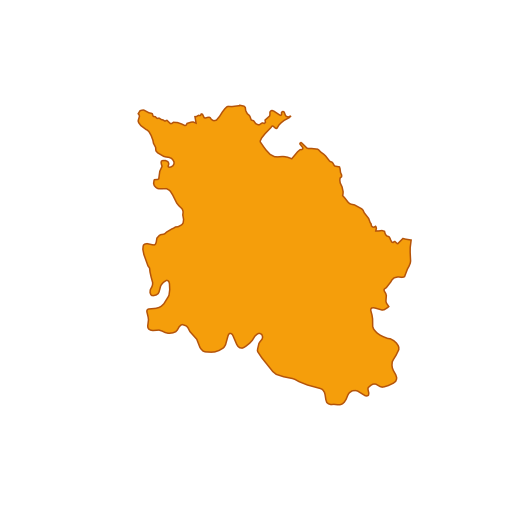 the district of Hiep Hoa, Bắc Giang, Vietnam, rotated 320°
{"feature_id": "81297802B61782089337393", "entity_name": "Hiep Hoa", "entity_type": "district", "adm_level": 2, "iso_a3": "VNM", "parent_name": "Vietnam", "parent_adm1": "Bắc Giang", "projection": "orthographic", "projection_center": [105.967, 21.33], "detail": "fine", "context": "isolated", "style": "filled", "palette": "amber", "viewbox_px": 512, "rotation_deg": 320, "n_neighbors": 0, "source": "geoboundaries", "source_scale": "gbopen_adm2", "svg_char_len": 6138}
<svg xmlns="http://www.w3.org/2000/svg" viewBox="0 0 512 512"><g transform="rotate(320 256 256)"><path d="M340.5,130.1L340.1,130.3L336.9,128.2L333.5,126.0L330.7,123.4L329.5,123.0L326.7,123.2L322.7,124.1L318.0,125.6L313.0,126.5L311.0,125.5L310.2,124.6L309.6,122.5L309.8,120.6L309.3,119.6L308.2,118.8L305.8,117.7L305.2,116.8L306.1,113.0L305.4,112.0L303.9,112.6L303.4,112.5L302.4,111.3L300.0,110.9L298.8,110.0L295.5,115.7L294.0,112.9L292.4,111.8L288.4,110.1L287.2,110.7L286.4,110.8L285.4,110.4L283.9,107.1L281.7,103.4L278.7,100.5L276.7,100.4L275.5,99.5L275.0,94.9L274.4,94.5L273.3,94.3L272.8,93.8L272.3,92.1L271.1,90.5L270.5,88.3L270.1,87.9L269.0,87.3L268.6,86.7L268.4,84.6L267.1,83.1L267.2,82.3L268.0,80.4L267.6,79.5L266.0,77.4L264.0,72.4L263.5,71.7L261.6,70.6L260.5,70.2L257.2,71.3L257.2,72.6L256.6,74.0L253.0,76.4L252.3,77.2L251.8,78.6L251.6,82.1L253.1,88.5L253.6,89.6L253.9,91.6L253.8,92.8L253.1,96.4L251.4,101.1L249.9,103.8L248.9,108.3L247.3,110.5L246.9,111.5L247.0,113.8L249.3,120.3L250.5,122.0L252.8,124.6L254.0,126.9L254.1,129.0L253.7,131.1L253.0,132.1L252.2,132.8L250.3,133.5L248.0,133.1L246.7,132.4L246.2,131.5L246.4,130.7L247.9,129.8L248.7,128.9L249.1,127.5L248.9,126.5L248.1,124.8L247.0,123.8L245.8,122.9L245.0,122.6L244.4,122.6L243.3,123.5L242.5,124.9L241.9,126.5L241.5,127.0L236.7,129.3L231.2,134.3L230.1,134.3L227.3,132.3L226.7,132.4L224.3,134.5L223.7,135.7L223.3,136.8L223.4,139.0L223.9,140.8L224.5,141.7L225.9,143.0L230.8,147.0L231.8,149.7L232.0,151.3L231.4,155.8L229.3,164.5L229.2,167.7L229.6,171.3L229.6,172.9L228.9,174.7L228.3,175.6L226.3,177.5L224.0,181.5L221.5,183.8L219.8,184.3L218.8,184.3L215.2,183.5L212.9,182.0L210.6,181.7L209.1,181.2L203.0,180.2L200.3,180.3L199.0,179.8L196.9,178.5L195.2,178.1L191.6,178.6L188.3,181.4L186.5,182.3L185.9,182.3L185.3,182.2L184.1,181.1L180.5,176.5L178.5,175.4L176.9,175.3L175.8,176.0L173.6,178.2L171.1,182.7L166.9,194.1L166.7,196.8L164.5,200.2L162.2,204.6L159.7,210.0L158.3,211.5L156.8,212.5L153.4,213.9L152.7,214.5L151.3,216.0L150.6,218.0L150.8,219.3L151.9,220.4L154.5,221.7L156.9,221.9L158.6,221.2L163.5,217.8L164.6,217.3L166.9,216.8L168.5,216.7L171.2,217.0L171.9,217.2L172.7,218.3L172.7,219.8L171.9,221.6L168.3,226.3L164.3,230.0L162.9,230.7L154.7,233.4L151.1,233.6L148.6,233.1L145.6,231.7L139.7,227.6L138.7,227.3L137.6,227.5L136.6,228.5L134.1,233.5L132.6,235.8L128.1,240.0L127.1,241.5L126.9,243.2L127.6,245.0L129.1,246.8L134.1,250.4L135.8,253.1L137.2,256.2L138.7,258.3L139.8,259.4L142.9,261.4L145.8,262.4L148.2,262.1L151.8,260.8L154.4,260.7L155.6,261.3L157.3,264.1L157.7,265.1L157.8,267.0L156.8,271.5L157.1,281.7L154.3,290.0L154.1,291.8L154.3,294.7L155.1,296.2L155.9,297.2L159.9,300.9L162.8,303.0L166.9,304.6L171.5,305.4L173.0,305.3L175.6,304.4L183.2,299.2L184.3,298.6L185.8,298.3L186.6,298.8L187.2,299.7L187.4,301.0L187.1,302.4L184.4,311.3L184.1,313.6L184.5,315.7L185.7,317.2L186.6,317.9L188.2,318.3L190.3,318.6L195.2,318.7L199.0,318.2L203.6,316.7L206.4,316.6L207.7,316.8L208.7,317.3L209.3,318.0L209.9,319.6L209.8,320.5L209.3,321.7L208.8,322.5L207.2,323.6L203.7,324.3L202.0,324.9L197.6,328.2L196.3,329.4L195.8,330.5L195.0,337.7L194.6,355.3L195.4,359.6L199.5,366.2L205.1,373.2L206.5,375.5L208.2,379.9L212.5,387.9L220.0,398.7L220.9,400.4L221.1,402.0L220.8,404.4L219.8,406.6L217.2,410.9L216.2,413.3L216.1,413.9L216.5,415.8L217.9,418.0L220.2,419.6L222.9,422.4L224.7,423.9L226.4,424.6L227.5,424.8L229.7,424.7L232.9,423.7L236.9,421.6L238.8,420.9L240.1,420.8L242.9,421.1L244.1,421.8L245.8,423.1L247.0,424.7L249.8,433.1L250.6,434.2L251.8,434.8L252.6,434.9L253.1,434.6L254.3,433.5L256.0,430.2L256.9,429.2L257.7,428.9L261.1,428.9L263.2,429.3L264.8,430.5L265.5,431.3L267.2,435.9L268.4,437.6L270.3,438.7L274.1,440.3L279.5,441.7L282.4,441.8L284.6,440.6L285.6,439.5L286.7,436.8L287.6,432.0L288.5,429.4L290.0,427.0L292.4,424.6L295.0,423.5L299.6,422.0L305.2,419.5L306.7,417.7L307.3,416.0L307.6,413.0L307.1,409.4L305.7,405.8L303.8,403.7L301.5,399.4L300.2,396.4L299.3,393.1L299.1,390.7L299.1,387.8L300.0,385.1L304.9,379.1L306.9,375.8L309.0,371.3L309.5,370.8L310.0,370.4L311.2,370.2L312.7,371.1L314.2,373.0L317.9,378.5L319.8,379.6L323.5,380.1L325.2,380.1L325.6,376.1L326.4,374.2L330.4,370.1L331.3,368.1L331.7,365.5L332.0,364.7L332.6,364.0L333.2,363.8L335.5,364.0L342.5,362.5L344.8,361.7L347.3,361.5L348.2,361.7L351.4,363.3L353.8,365.9L355.1,366.8L356.5,367.3L363.7,363.3L366.6,362.2L369.6,360.6L371.2,359.2L376.6,352.1L379.6,348.6L385.1,343.5L381.2,339.0L379.8,337.0L372.5,337.7L372.1,337.1L371.7,334.1L371.1,333.8L369.7,333.8L369.1,333.0L369.0,332.6L369.4,330.3L370.0,328.7L370.3,327.1L370.0,326.2L369.1,324.8L369.0,323.6L369.3,321.8L370.3,319.7L368.8,317.4L366.1,315.7L363.8,313.8L366.1,312.1L366.7,310.6L366.7,310.1L364.8,309.8L363.9,308.5L363.8,307.2L364.9,305.1L364.9,303.9L366.4,299.7L366.7,292.3L367.4,289.9L367.4,289.1L367.3,287.8L364.3,280.2L362.1,277.4L361.4,276.0L361.1,273.9L361.3,268.7L361.2,265.4L362.5,264.4L364.0,262.8L366.3,258.5L367.5,254.1L369.0,251.7L370.6,250.3L372.5,250.3L373.6,249.1L374.4,246.4L376.5,243.1L377.2,241.4L374.2,237.8L374.1,237.0L374.6,234.1L374.5,232.9L373.6,231.4L373.4,230.3L373.6,224.1L373.3,221.6L372.4,217.9L372.2,214.9L371.8,213.7L367.8,209.5L365.1,207.2L364.4,206.2L363.7,199.1L363.4,198.0L362.1,197.9L361.6,198.6L361.5,202.9L361.2,203.5L360.5,204.0L359.5,203.9L358.2,202.9L354.8,202.9L345.9,204.5L343.6,200.5L341.5,198.0L340.1,196.7L336.3,194.0L334.0,191.8L332.1,187.2L331.8,181.2L332.0,177.4L332.6,171.3L333.3,170.5L336.2,169.2L341.7,168.1L350.0,167.2L351.5,166.8L352.3,167.1L352.6,167.7L353.0,170.3L353.3,171.1L353.7,171.5L354.2,171.6L357.8,170.4L361.0,170.1L364.8,170.2L370.5,171.4L372.2,171.2L372.1,170.8L370.7,170.6L369.8,169.9L368.9,168.4L369.0,167.0L370.0,164.1L370.0,163.4L369.6,162.7L368.9,162.3L367.6,162.6L366.6,163.9L366.0,164.2L365.3,164.1L364.8,163.3L362.8,156.5L361.8,154.8L360.8,154.4L359.2,154.7L357.7,156.5L356.5,157.5L350.3,157.7L349.1,159.7L347.6,159.8L346.5,158.2L345.6,157.9L343.3,157.7L342.5,157.4L341.7,156.3L341.0,154.8L340.9,153.9L341.1,151.4L341.0,150.7L339.9,149.0L339.9,148.4L341.1,145.1L341.2,143.7L340.8,141.5L341.5,138.1L343.3,135.3L343.1,133.5L340.5,130.1Z" fill="#f59e0b" stroke="#b45309" stroke-width="1.5"/></g></svg>